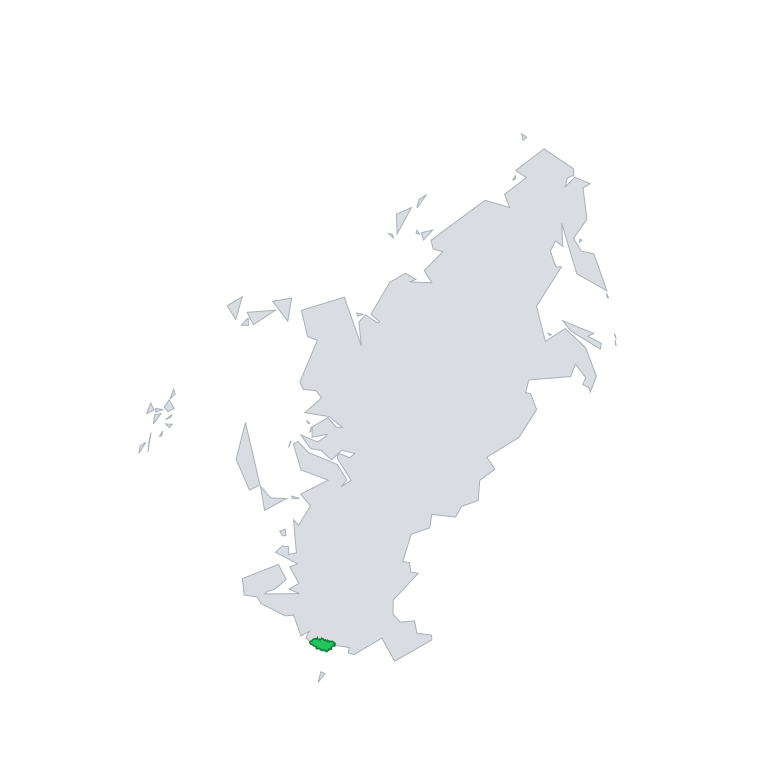 Pskov highlighted on a map of Russia, rotated 304°
{"feature_id": "RUS-2335", "entity_name": "Pskov", "entity_type": "Region", "adm_level": 1, "iso_a3": "RUS", "parent_name": "Russia", "parent_adm1": "", "projection": "mercator", "projection_center": [29.766, 57.296], "detail": "fine", "context": "in_parent", "style": "filled", "palette": "green", "viewbox_px": 768, "rotation_deg": 304, "n_neighbors": 0, "source": "natural_earth", "source_scale": "10m", "svg_char_len": 7191}
<svg xmlns="http://www.w3.org/2000/svg" viewBox="0 0 768 768"><g transform="rotate(304 384 384)"><path d="M509.3,555.7L492.6,559.6L495.5,556.4L494.6,549.2L502.1,547.7L507.6,531.6L494.5,534.5L468.4,501.8L456.0,506.3L458.0,511.0L448.1,524.8L415.2,525.8L380.8,510.2L375.3,523.5L357.6,517.3L340.1,527.2L325.7,516.6L313.7,517.8L302.6,496.4L290.4,502.4L274.7,490.5L247.2,498.9L250.3,505.0L243.0,511.2L246.2,518.3L210.2,512.4L198.3,520.1L195.6,530.7L204.7,541.8L195.8,550.6L202.4,563.8L198.6,566.7L160.1,547.8L172.2,524.4L142.7,510.3L141.0,504.9L146.1,502.5L139.7,489.4L128.1,481.3L129.6,461.4L137.1,460.2L128.7,456.1L141.9,438.2L136.5,431.8L133.2,404.9L136.5,397.8L130.9,386.0L143.5,375.4L175.4,397.4L167.2,412.2L152.4,408.0L146.9,403.2L143.2,402.5L162.9,431.1L160.9,419.9L171.1,424.9L179.8,408.3L186.5,412.8L183.8,388.2L192.8,390.1L195.7,396.1L189.3,400.2L195.0,405.8L220.9,385.0L219.0,392.1L241.9,391.3L246.1,376.5L273.0,391.4L266.4,363.4L283.6,342.3L288.3,345.0L284.9,359.2L291.1,390.1L283.8,406.8L274.8,405.9L285.7,410.6L296.5,386.4L301.2,385.2L303.8,396.8L310.0,398.5L305.5,386.0L291.7,383.0L293.7,368.8L289.3,359.4L295.3,343.6L298.7,361.3L307.8,365.0L310.3,364.8L299.7,354.1L308.4,348.5L324.8,356.3L321.5,368.6L324.7,373.9L326.3,356.7L315.9,334.3L337.5,340.0L340.6,331.2L334.3,320.3L338.6,313.2L383.1,304.3L380.5,294.2L398.9,274.3L433.8,302.5L402.9,344.0L421.1,328.6L430.9,329.9L431.2,343.3L431.9,345.4L433.2,345.7L434.6,334.1L471.7,332.0L487.9,339.9L488.5,352.0L483.0,348.3L494.7,367.0L500.5,353.9L526.5,358.8L523.5,349.3L529.4,342.6L592.8,365.0L600.5,389.5L608.8,377.8L634.8,386.7L634.6,373.8L668.4,385.2L668.4,420.8L663.1,424.7L657.3,420.7L649.0,424.0L662.1,426.7L665.2,442.8L657.8,439.3L634.2,460.1L610.7,459.7L604.4,473.2L609.3,485.2L585.9,516.7L583.2,482.2L616.6,441.5L598.1,455.3L598.5,446.1L587.1,447.7L577.2,461.1L580.3,465.6L533.7,466.9L509.6,493.9L531.4,503.3L526.9,530.7L509.3,555.7ZM274.6,290.7L230.9,337.6L220.8,331.8L238.9,303.5L274.6,290.7ZM536.3,496.7L543.2,529.5L537.5,526.5L539.2,541.5L533.9,543.8L532.4,509.3L536.3,496.7ZM212.5,355.6L230.2,338.8L226.2,353.8L234.5,367.2L212.5,355.6ZM515.7,311.0L531.8,299.3L545.5,308.1L515.7,311.0ZM366.9,230.5L384.5,252.7L360.1,242.6L366.9,230.5ZM361.2,210.3L377.1,217.7L354.6,225.0L361.2,210.3ZM390.3,245.4L403.6,259.4L382.2,269.1L390.3,245.4ZM548.3,312.8L556.4,309.8L564.9,313.4L548.3,312.8ZM99.6,496.3L110.1,492.6L110.8,496.9L99.6,496.3ZM204.2,221.7L213.5,218.0L195.5,226.3L204.2,221.7ZM530.4,330.5L538.9,338.3L525.4,336.1L530.4,330.5ZM208.4,383.2L203.5,387.5L201.3,384.6L203.7,379.9L208.4,383.2ZM221.8,215.2L230.4,211.0L234.7,215.7L221.8,215.2ZM250.6,214.7L246.6,223.8L240.3,220.5L241.9,214.7L250.6,214.7ZM259.0,216.5L251.8,215.0L262.1,212.6L259.0,216.5ZM239.5,370.1L241.9,377.9L237.5,372.1L239.5,370.1ZM362.7,234.4L356.9,238.8L353.0,232.9L362.7,234.4ZM226.8,203.8L237.8,201.3L233.8,207.9L226.8,203.8ZM668.4,364.3L663.7,363.1L668.4,358.3L668.4,364.3ZM196.1,216.5L202.7,219.1L189.3,219.6L196.1,216.5ZM284.1,339.2L278.0,340.3L284.1,338.5L284.1,339.2ZM427.6,321.6L430.0,327.6L425.5,324.2L427.6,321.6ZM630.9,376.4L627.0,378.3L625.1,376.6L630.9,376.4ZM237.2,225.9L232.3,222.7L240.2,225.4L237.2,225.9ZM236.0,208.3L239.1,214.8L233.0,210.6L236.0,208.3ZM554.6,546.5L553.7,548.5L551.0,551.4L554.6,546.5ZM228.8,225.4L232.2,231.0L227.7,230.4L228.8,225.4ZM308.0,347.5L303.7,349.8L302.7,349.4L308.0,347.5ZM613.8,467.7L610.8,466.8L613.7,465.4L613.8,467.7ZM529.9,325.4L528.0,329.8L526.9,326.4L529.9,325.4ZM517.9,491.7L518.5,495.0L516.7,494.2L517.9,491.7ZM583.6,517.8L581.1,521.9L580.4,520.7L583.6,517.8ZM221.1,226.9L216.8,228.8L215.3,227.0L221.1,226.9ZM310.8,340.1L309.8,344.3L308.9,343.1L310.8,340.1ZM512.9,307.1L510.4,310.1L511.3,303.6L512.9,307.1ZM545.9,554.0L549.8,551.2L545.8,554.7L545.9,554.0Z" fill="#d9dde1" stroke="#a8b0b8" stroke-width="1"/><path d="M128.4,478.0L128.1,477.7L127.8,477.5L127.7,477.4L127.7,477.2L127.7,476.8L127.1,476.8L127.0,476.6L127.0,476.4L127.2,476.1L127.2,475.9L127.3,475.7L127.6,475.6L127.6,475.3L127.6,475.2L127.8,475.0L127.7,475.0L127.8,474.9L128.3,474.8L128.6,474.7L128.6,474.4L128.2,474.2L128.3,473.9L128.2,473.7L128.1,473.4L128.1,473.1L127.9,472.8L127.6,472.2L127.6,471.9L127.6,471.5L127.8,471.0L127.3,468.6L127.6,467.7L128.3,467.0L128.5,467.0L129.0,466.8L129.3,466.9L129.6,467.0L129.8,466.9L130.0,467.1L130.1,467.5L130.4,467.9L130.5,467.8L130.9,467.9L131.2,467.8L131.4,467.8L132.1,468.1L132.3,468.1L132.8,468.1L132.8,468.3L133.1,468.4L133.1,468.5L133.3,468.7L133.8,468.9L133.9,469.0L134.0,469.3L133.8,469.4L133.8,469.5L134.5,469.7L134.6,469.8L134.7,470.0L134.8,470.0L135.0,470.1L134.9,470.2L134.8,470.3L134.9,470.5L135.0,470.5L135.3,470.6L135.5,470.6L135.8,470.7L136.0,470.7L136.4,470.7L136.3,470.8L136.2,471.0L135.9,471.3L135.7,471.6L135.4,471.9L135.3,472.0L135.3,472.3L135.4,472.5L135.4,473.1L135.5,473.2L135.8,473.0L136.0,473.3L136.2,473.5L136.3,473.5L136.4,473.4L136.5,473.4L136.5,473.5L136.2,473.8L136.2,474.0L136.3,474.0L136.8,474.1L137.0,474.2L137.1,474.3L138.4,474.4L138.4,474.5L138.4,474.8L138.3,475.0L138.1,475.1L138.3,475.3L138.3,475.5L138.2,475.7L138.2,475.8L138.3,476.0L138.7,476.2L138.4,476.8L138.2,477.1L138.2,477.3L138.3,477.6L138.2,477.7L138.2,477.8L138.1,478.0L138.3,478.2L139.2,478.6L139.2,478.8L138.9,478.9L138.8,479.0L138.9,479.3L138.8,479.6L138.8,479.9L138.8,480.4L138.8,480.5L139.3,480.6L139.5,480.7L140.0,480.5L140.0,480.8L139.9,480.8L139.7,480.9L139.7,481.0L139.7,481.4L139.6,481.5L139.3,481.6L139.3,481.8L139.4,482.0L139.6,482.4L139.6,482.5L139.8,482.5L139.8,482.3L140.2,482.3L140.3,482.4L140.3,482.6L140.3,482.9L140.1,483.4L140.1,483.5L140.3,483.7L140.5,483.8L140.8,483.8L140.8,484.0L140.8,484.3L140.9,484.5L141.0,484.5L141.3,484.7L141.8,484.8L141.8,485.4L141.7,485.5L141.7,485.9L141.7,486.0L141.8,486.1L141.8,486.3L141.8,486.5L141.7,486.5L141.5,486.8L141.3,486.9L141.3,487.0L141.5,487.4L141.5,487.8L141.7,488.2L141.7,488.4L141.6,488.5L141.5,488.4L141.3,488.4L141.2,488.4L140.8,488.4L140.8,488.5L140.7,488.4L140.2,488.2L140.2,488.3L140.2,488.5L139.9,488.8L139.8,489.2L139.7,489.4L139.6,489.2L139.3,489.2L139.2,489.3L139.0,489.0L139.0,488.9L138.9,488.9L138.7,488.9L138.6,488.7L138.6,488.4L138.2,488.2L137.5,487.8L137.4,487.7L137.2,487.6L137.0,487.8L136.9,487.8L136.5,487.7L136.3,487.7L136.2,487.7L136.0,487.8L135.9,487.9L135.8,488.1L135.7,488.2L135.4,488.1L135.0,488.3L134.8,488.7L134.7,488.7L134.4,488.4L134.2,488.3L134.2,488.2L134.2,487.9L134.3,487.7L134.3,487.4L134.5,487.3L134.5,487.2L134.4,487.1L133.7,486.8L133.5,486.6L133.3,486.5L133.1,486.5L132.9,486.6L132.7,486.7L132.5,486.8L132.4,486.9L132.4,487.1L132.0,487.0L131.9,486.9L131.9,486.7L131.7,486.3L131.6,486.2L131.3,486.1L130.8,486.1L130.7,486.2L130.6,486.4L130.4,486.4L130.3,486.2L130.0,485.9L129.9,485.8L130.0,485.7L130.1,485.4L130.1,485.2L130.2,484.9L130.0,484.5L130.0,484.3L130.0,484.2L130.0,483.9L129.8,483.6L129.7,483.6L129.8,483.4L129.9,483.2L129.5,483.0L129.4,482.9L129.4,482.7L129.4,482.4L129.0,482.0L128.9,481.9L129.0,481.8L129.1,481.7L129.1,481.4L128.9,481.2L128.6,481.1L128.2,481.3L128.2,481.1L128.4,480.5L128.4,480.3L128.5,480.1L128.5,479.8L128.4,479.8L128.3,479.7L128.7,479.3L128.8,479.2L128.8,478.9L128.9,478.5L128.8,478.4L128.7,478.2L128.4,478.0Z" fill="#22c55e" stroke="#15803d" stroke-width="1.5"/></g></svg>